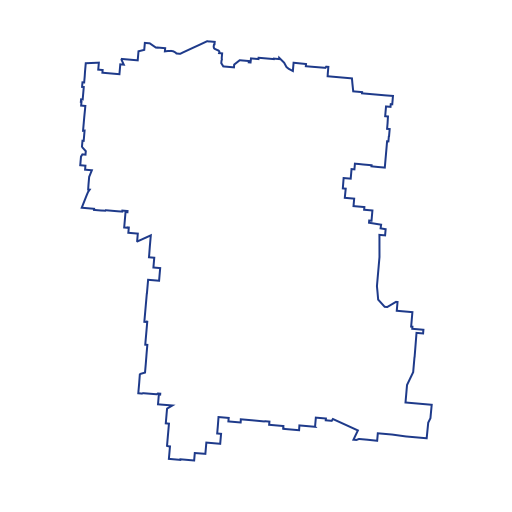 Dumbleyung, Western Australia, Australia (Natural Earth projection), rotated 95°
{"feature_id": "25037944B51137520992535", "entity_name": "Dumbleyung", "entity_type": "district", "adm_level": 2, "iso_a3": "AUS", "parent_name": "Australia", "parent_adm1": "Western Australia", "projection": "natural_earth1", "projection_center": [117.914, -33.218], "detail": "fine", "context": "isolated", "style": "outline", "palette": "blue", "viewbox_px": 512, "rotation_deg": 95, "n_neighbors": 0, "source": "geoboundaries", "source_scale": "gbopen_adm2", "svg_char_len": 4495}
<svg xmlns="http://www.w3.org/2000/svg" viewBox="0 0 512 512"><g transform="rotate(95 256 256)"><path d="M84.6,133.5L84.7,140.6L84.7,164.6L83.5,164.6L83.5,171.5L83.5,173.5L75.8,175.0L70.7,175.9L70.7,182.6L70.7,188.3L70.7,199.5L70.7,200.3L67.5,200.4L61.3,200.4L61.3,202.6L62.5,203.2L62.6,217.5L62.6,218.8L62.6,222.9L60.4,222.9L60.2,235.4L68.5,235.4L67.6,237.5L66.7,239.7L65.1,242.1L61.0,244.8L56.5,250.2L57.8,250.2L57.8,255.4L58.3,255.4L58.3,257.7L58.3,270.7L59.6,270.7L59.6,278.2L63.7,278.3L63.7,280.1L62.4,280.1L62.4,289.3L67.2,294.4L70.0,294.4L70.0,294.5L70.0,305.1L66.9,307.4L64.5,307.4L63.3,307.1L62.4,307.3L61.7,307.4L57.1,307.4L57.1,310.1L57.1,310.4L56.7,310.3L56.5,310.2L56.2,310.2L55.9,310.3L55.7,310.3L55.4,310.4L55.2,310.6L55.0,310.8L54.8,311.0L54.7,311.2L54.5,311.4L54.5,311.7L53.3,315.0L53.2,315.2L53.1,315.4L52.9,315.6L52.8,315.8L52.6,315.9L52.4,316.0L52.2,316.1L51.9,316.2L51.5,316.3L51.2,316.4L50.7,316.4L49.3,316.3L49.1,316.3L48.8,316.2L48.6,316.1L48.6,315.8L46.3,315.8L46.3,320.2L46.4,322.3L46.3,322.7L46.3,323.4L51.0,331.5L54.0,336.8L59.8,346.9L60.2,347.5L61.2,349.2L61.2,352.9L60.4,353.8L59.3,356.2L59.1,358.2L59.5,361.8L60.1,364.6L56.9,364.6L56.9,372.2L57.1,372.2L57.1,373.9L53.4,380.4L53.4,385.3L60.4,385.3L62.3,390.9L64.0,390.9L71.4,390.9L71.4,407.7L71.5,407.4L72.9,406.7L76.9,404.4L76.9,407.9L86.8,407.9L86.8,425.0L84.1,425.0L84.1,429.4L77.1,429.4L78.3,438.5L78.8,442.4L87.5,442.4L91.7,442.3L92.0,442.3L98.1,442.3L98.1,444.0L101.3,444.0L102.7,444.0L102.7,442.3L108.9,442.3L115.2,442.3L115.2,443.9L117.7,443.9L117.7,443.3L121.4,443.3L121.4,439.1L123.8,439.1L125.1,439.1L132.3,439.2L134.1,439.2L146.2,439.2L146.3,439.2L146.0,437.7L151.3,437.7L156.3,437.7L156.3,438.9L162.8,438.9L162.6,438.8L166.4,434.7L166.6,434.7L169.9,434.7L169.9,437.8L172.2,439.0L180.9,439.0L180.9,433.8L182.8,433.8L184.9,433.8L184.9,427.0L191.7,429.1L199.2,429.1L204.4,429.0L204.4,427.5L206.9,428.9L210.3,430.0L223.1,433.8L223.1,421.4L224.2,421.4L224.2,415.0L224.0,410.0L223.5,409.7L223.5,397.1L223.4,393.1L222.4,393.1L222.4,387.9L223.6,387.9L223.6,389.8L229.6,389.8L239.1,389.8L239.1,386.4L238.7,386.4L238.7,385.2L241.3,385.2L243.9,385.2L244.0,385.2L244.0,378.4L244.0,375.7L251.6,375.7L251.8,375.4L244.6,362.6L252.6,362.6L255.8,362.6L263.8,362.5L266.6,362.5L266.6,357.2L269.6,357.2L276.4,357.2L276.4,350.4L289.1,350.4L289.1,350.5L289.1,361.4L303.0,361.4L303.1,361.5L318.2,361.5L331.3,361.5L331.3,360.0L330.8,359.3L330.9,358.6L342.7,358.6L354.0,358.6L354.0,356.5L362.3,356.5L373.4,356.4L381.8,356.4L383.5,360.8L384.1,361.4L392.6,361.3L403.0,361.3L403.0,357.6L402.5,356.6L402.4,342.8L401.5,341.8L401.5,339.4L402.4,339.4L402.4,340.7L412.3,340.7L412.2,326.3L414.0,328.8L415.7,331.2L416.0,331.3L430.6,331.3L430.6,328.1L437.9,328.1L452.9,328.1L453.1,327.2L453.2,326.3L453.2,325.1L465.7,325.1L465.7,313.6L465.1,313.6L465.1,299.8L457.6,299.8L457.6,299.7L457.5,289.2L452.6,289.2L446.2,289.2L446.2,275.3L436.2,275.3L436.2,277.3L436.2,279.2L429.4,279.2L419.7,279.3L419.7,269.1L422.9,269.1L423.2,269.1L423.2,268.9L423.2,266.4L423.2,256.8L421.8,256.8L420.0,256.9L420.0,245.2L420.1,233.9L420.0,233.1L420.0,232.7L419.8,232.5L419.8,228.2L423.0,228.2L423.0,214.2L423.0,213.9L425.0,213.9L425.0,213.7L425.8,213.7L425.8,197.9L421.0,198.0L421.0,182.5L421.0,182.2L420.9,182.3L411.8,182.3L411.8,180.9L411.8,180.5L411.8,180.4L411.8,172.2L413.6,172.2L413.6,166.2L411.7,165.2L416.8,150.8L420.9,139.3L430.5,142.9L430.5,139.9L429.3,137.5L429.3,129.4L429.5,119.2L422.0,119.2L422.0,104.8L422.7,90.9L422.7,70.1L407.0,69.9L402.4,68.1L388.9,68.0L388.9,94.3L380.1,94.3L371.3,94.3L358.0,89.3L343.0,89.3L342.8,89.2L318.6,89.4L318.6,82.8L314.9,82.8L314.9,94.0L312.8,94.0L312.8,95.3L310.5,95.3L298.3,95.3L298.3,101.6L298.3,111.0L298.2,111.0L289.5,111.0L289.5,112.6L295.3,120.7L295.4,120.8L295.4,123.4L288.8,130.5L281.4,131.8L275.5,132.9L265.6,132.9L256.5,132.9L246.3,132.9L227.2,134.6L224.2,134.9L224.2,129.2L218.0,129.2L217.6,134.3L213.9,134.1L213.0,146.3L210.8,146.3L210.8,144.0L205.3,144.0L200.5,144.0L200.5,147.1L200.5,152.3L197.8,152.3L197.8,163.2L190.3,163.2L190.3,172.6L189.1,172.6L181.1,172.5L181.1,175.4L170.7,175.5L170.7,168.4L161.1,168.4L161.1,165.5L155.4,165.5L155.4,161.1L155.5,157.2L155.5,149.8L155.5,148.8L156.6,148.8L156.7,142.5L156.7,139.5L156.7,137.0L156.7,135.4L149.0,135.4L143.8,135.4L134.7,135.4L130.3,135.4L130.3,134.1L125.4,134.1L125.2,133.9L117.9,133.9L117.9,136.5L112.5,136.5L105.5,136.7L105.5,139.5L95.7,139.5L95.7,135.0L93.0,135.0L93.0,133.5L84.6,133.5Z" fill="none" stroke="#1e3a8a" stroke-width="2"/></g></svg>